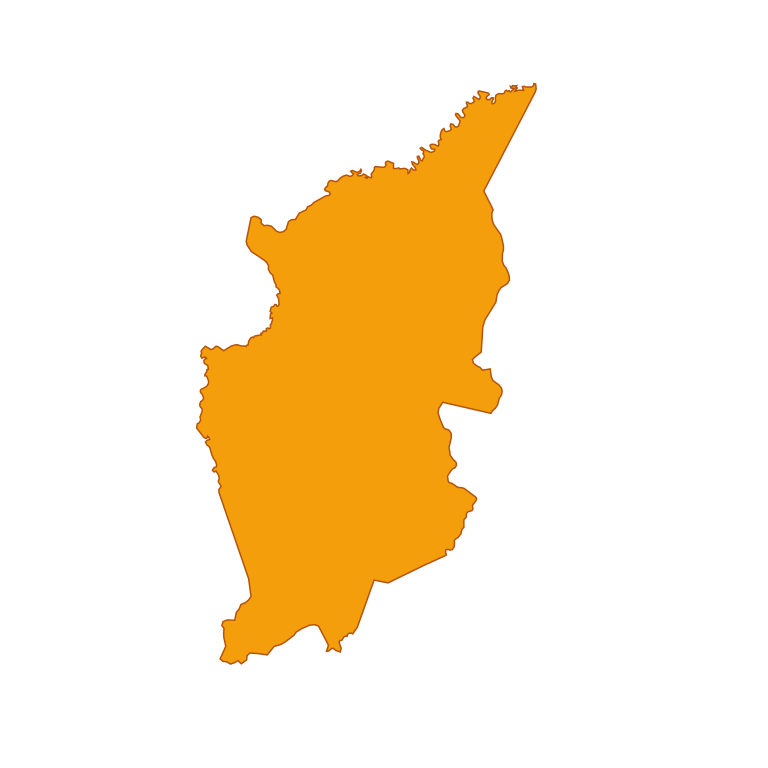 the district of Careiro, Amazonas, Brazil, rotated 154°
{"feature_id": "56859067B42017878754183", "entity_name": "Careiro", "entity_type": "district", "adm_level": 2, "iso_a3": "BRA", "parent_name": "Brazil", "parent_adm1": "Amazonas", "projection": "mercator", "projection_center": [-60.25, -3.748], "detail": "fine", "context": "isolated", "style": "filled", "palette": "amber", "viewbox_px": 768, "rotation_deg": 154, "n_neighbors": 0, "source": "geoboundaries", "source_scale": "gbopen_adm2", "svg_char_len": 6172}
<svg xmlns="http://www.w3.org/2000/svg" viewBox="0 0 768 768"><g transform="rotate(154 384 384)"><path d="M596.7,251.2L600.7,249.1L604.5,248.3L609.3,248.5L612.9,245.2L616.8,243.5L621.8,237.1L628.4,240.7L632.9,240.9L635.6,238.0L634.9,234.5L637.4,230.3L639.1,226.2L641.2,217.6L651.8,208.8L650.4,205.3L647.1,203.2L644.8,199.6L640.4,199.0L636.7,199.5L635.0,195.1L628.4,196.2L626.1,199.9L622.5,201.0L615.5,197.0L607.7,191.7L597.8,196.3L590.9,195.1L585.8,195.5L575.1,197.6L572.0,199.4L565.5,200.2L556.5,199.8L552.0,198.1L549.0,195.3L548.4,174.7L548.8,173.1L552.9,169.0L551.0,168.3L547.0,169.2L545.5,168.7L544.1,165.6L540.8,162.3L538.3,165.3L537.6,171.6L536.5,172.7L534.2,172.2L531.0,174.2L529.5,174.3L527.8,173.5L526.2,175.1L524.3,175.2L522.7,174.5L521.7,173.1L514.7,177.0L478.9,212.1L467.6,203.5L427.8,203.5L404.8,202.9L402.9,203.0L402.2,206.4L400.8,208.0L398.7,207.1L397.3,205.6L395.2,205.3L392.3,206.9L390.1,210.5L389.5,212.4L388.1,213.3L385.0,213.5L380.4,215.7L379.2,217.5L377.0,219.6L375.1,220.0L372.4,225.7L371.4,227.1L368.3,228.4L366.8,231.2L365.2,232.3L360.5,231.7L359.1,232.3L357.7,236.1L352.3,239.0L351.1,240.1L351.0,241.8L357.7,255.0L359.7,256.8L363.0,258.7L366.4,264.8L368.1,266.3L369.0,268.2L367.4,273.1L366.3,274.1L361.0,277.1L359.1,277.7L357.1,277.5L354.7,279.0L353.7,281.2L353.7,282.7L355.1,286.4L355.7,291.3L355.3,292.7L354.4,294.7L353.7,298.1L347.0,306.3L345.6,309.3L345.3,311.3L346.0,314.4L349.0,317.2L349.6,319.0L349.0,328.5L348.0,334.4L345.4,338.1L339.2,341.8L300.8,310.8L297.9,312.5L294.5,313.4L291.3,315.3L286.3,320.9L283.1,322.7L280.9,325.9L280.2,328.9L281.1,332.8L284.6,339.4L284.4,343.6L281.9,351.0L289.4,353.2L290.4,356.6L292.8,359.9L294.5,363.6L293.9,367.1L290.4,368.4L282.6,370.1L270.1,392.1L265.1,397.4L247.6,408.5L243.2,414.7L240.2,417.3L236.6,419.3L228.9,420.2L225.7,422.4L224.1,426.4L223.6,430.5L223.4,434.6L224.3,438.2L223.9,442.5L220.3,449.4L217.9,452.1L216.1,455.7L214.1,463.9L213.6,467.5L215.5,478.8L215.0,483.5L213.9,486.6L212.2,490.2L209.5,492.9L209.7,513.7L119.9,580.3L117.8,582.7L116.2,587.2L117.7,588.3L118.4,586.9L120.3,586.2L121.8,586.5L126.2,588.7L127.4,590.1L129.3,590.6L129.8,586.7L133.7,588.9L137.9,589.7L134.4,591.7L135.4,593.0L133.9,594.0L135.7,594.5L137.6,595.8L138.8,595.0L139.9,596.1L140.1,594.2L137.3,592.4L142.2,591.1L143.0,592.8L144.6,592.7L145.1,594.3L146.6,594.3L148.6,592.6L150.4,592.8L153.5,594.7L156.6,594.6L158.6,592.3L159.6,589.6L160.8,588.5L162.2,588.0L164.0,588.5L163.6,590.1L161.2,591.9L160.4,593.3L161.9,594.2L164.2,593.4L166.4,594.2L167.0,596.2L165.8,597.2L162.7,598.0L162.5,599.6L170.0,605.7L171.4,605.4L172.0,604.1L171.5,600.5L172.2,598.9L173.9,598.1L177.2,603.1L178.7,601.9L178.9,598.2L182.7,597.7L184.5,599.0L185.0,600.4L186.2,601.2L187.0,599.8L186.8,598.4L187.4,596.6L191.5,596.6L193.5,595.7L193.9,594.0L193.4,590.2L194.7,588.8L196.4,588.8L198.0,589.8L199.0,594.4L200.6,595.6L201.7,594.7L201.7,593.3L200.3,586.9L204.0,583.2L205.8,583.0L207.5,584.0L208.2,587.3L210.1,588.5L211.4,586.9L212.0,583.3L213.3,582.8L216.7,583.3L218.1,584.1L218.5,585.5L218.1,587.3L220.1,587.1L221.6,586.2L224.0,583.5L225.3,581.1L225.3,578.6L226.9,579.0L228.7,578.6L229.8,574.9L231.2,574.0L233.3,576.9L234.5,577.8L236.1,578.6L237.9,578.5L238.4,576.8L238.3,574.5L235.5,572.7L236.7,571.2L240.1,571.4L244.1,576.0L246.4,580.2L248.1,580.0L247.6,577.8L246.1,576.2L246.8,574.9L248.0,574.0L247.8,571.9L248.4,570.3L250.4,569.2L251.8,567.8L252.9,568.9L252.8,573.6L254.3,573.9L254.9,572.4L254.9,569.1L255.7,567.6L256.9,566.9L258.2,566.9L260.2,570.3L261.6,571.4L262.1,569.0L261.1,564.8L261.4,562.5L263.6,563.1L264.7,566.1L266.9,564.8L268.5,562.9L270.1,562.8L268.7,566.0L270.0,567.9L271.2,568.9L275.5,570.4L275.9,571.7L279.3,572.5L280.9,573.8L278.7,578.1L282.8,582.7L284.7,582.9L286.0,581.8L286.1,580.0L288.2,578.7L290.3,579.4L296.4,583.2L297.8,582.7L298.4,581.3L300.1,580.0L303.6,578.2L304.0,576.2L304.8,574.9L307.9,577.2L308.3,579.0L310.4,581.8L312.7,581.1L316.0,582.3L316.2,584.1L312.7,583.9L310.7,585.6L310.7,587.1L312.5,585.9L314.4,585.8L315.6,586.3L318.9,589.9L320.7,589.8L320.2,587.9L319.2,586.3L321.2,585.2L323.4,585.4L326.3,588.3L329.8,588.7L333.0,588.3L336.7,586.7L338.7,587.1L342.6,590.3L344.2,590.3L346.1,589.3L348.2,586.6L350.2,586.3L352.0,585.1L352.0,583.5L348.8,580.3L349.0,578.4L350.6,577.6L354.2,578.6L367.3,577.9L371.0,576.6L374.9,576.8L377.8,574.6L385.2,574.8L391.5,570.7L395.0,572.2L398.7,571.8L404.2,565.9L407.6,565.0L411.2,565.9L413.7,568.4L416.0,575.2L418.9,577.6L422.4,578.9L423.9,582.3L422.3,585.8L424.1,589.1L427.1,591.7L430.6,591.8L445.3,572.7L446.1,568.9L445.2,561.2L437.5,548.0L436.1,544.6L436.0,541.0L437.7,537.5L437.5,533.8L436.3,530.4L437.7,524.0L437.5,520.9L438.4,518.6L437.2,516.1L436.8,514.2L437.7,511.0L439.6,511.5L441.4,511.0L441.4,506.9L443.4,501.5L444.8,500.5L446.2,500.8L446.1,502.7L447.3,503.3L449.0,502.2L451.5,502.5L454.5,499.3L453.7,496.8L455.2,496.8L457.7,492.7L455.4,492.3L456.2,490.2L457.8,489.0L458.6,487.6L460.1,487.2L461.6,484.1L463.1,484.0L463.9,485.4L465.5,485.3L466.7,483.1L469.2,484.5L470.8,483.3L472.4,483.5L472.5,482.0L479.3,483.8L480.7,482.9L481.8,483.9L483.5,483.9L486.7,481.9L489.2,478.6L490.5,479.0L491.6,478.2L492.8,479.4L495.3,480.5L498.9,483.8L500.5,484.3L504.7,485.1L513.5,484.2L516.8,490.2L518.4,491.6L522.6,490.5L524.4,490.8L528.1,496.3L532.9,494.4L534.0,493.6L534.3,492.0L536.6,489.4L536.3,487.0L534.3,487.0L532.6,486.2L532.3,484.7L534.0,484.9L535.5,484.2L536.4,482.2L535.9,480.2L534.3,478.1L535.4,474.2L536.9,474.6L537.5,473.1L540.6,471.3L541.5,469.9L539.9,468.9L540.3,463.7L541.8,461.2L544.3,459.7L548.3,459.2L550.4,459.5L551.9,458.8L552.6,456.8L552.0,455.2L552.0,451.5L552.7,450.0L554.4,448.8L556.6,448.5L558.5,446.5L559.2,444.5L558.4,441.2L559.4,439.2L563.8,435.1L564.6,431.9L567.7,429.9L569.2,430.2L571.7,426.6L569.3,414.8L568.0,413.2L566.4,413.1L565.4,414.4L564.8,412.4L565.0,410.5L567.9,411.0L569.9,410.1L569.9,406.6L568.9,405.1L568.5,403.1L569.7,396.2L570.0,392.6L569.3,387.9L570.1,384.0L571.5,382.9L573.1,383.4L574.7,382.7L576.1,381.5L575.1,379.3L573.1,379.3L572.6,374.4L573.6,371.0L575.7,369.2L575.3,363.3L578.6,361.6L579.9,358.6L591.0,268.4L596.7,251.2ZM307.9,577.2L309.3,576.4L310.1,577.8L307.9,577.2Z" fill="#f59e0b" stroke="#b45309" stroke-width="1.5"/></g></svg>